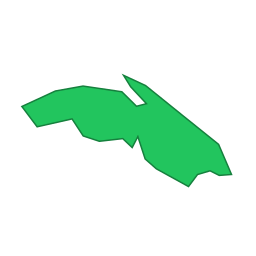 the state/province of Saint Thomas, rotated 6°
{"feature_id": "VIR-4868", "entity_name": "Saint Thomas", "entity_type": "state/province", "adm_level": 1, "iso_a3": "VIR", "parent_name": "United States Virgin Islands", "parent_adm1": "", "projection": "natural_earth1", "projection_center": [-64.931, 18.346], "detail": "fine", "context": "isolated", "style": "filled", "palette": "green", "viewbox_px": 256, "rotation_deg": 6, "n_neighbors": 0, "source": "natural_earth", "source_scale": "10m", "svg_char_len": 469}
<svg xmlns="http://www.w3.org/2000/svg" viewBox="0 0 256 256"><g transform="rotate(6 128 128)"><path d="M202.0,167.0L194.3,179.9L160.4,165.6L148.3,157.0L138.7,135.5L134.2,147.0L123.9,139.1L100.9,144.2L84.3,140.6L71.4,124.8L37.5,136.3L20.2,117.7L51.9,98.8L78.9,91.0L118.1,92.6L134.2,105.5L143.8,101.9L126.4,86.8L118.1,76.1L141.1,84.0L180.8,109.7L219.8,134.8L235.8,163.4L223.7,165.6L214.1,162.0L202.0,167.0Z" fill="#22c55e" stroke="#15803d" stroke-width="1.5"/></g></svg>